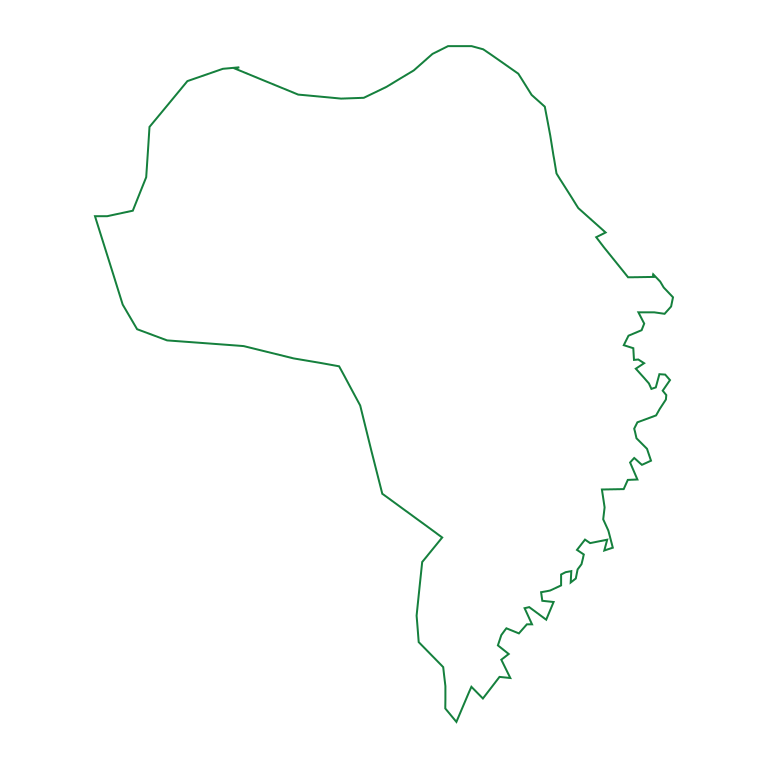 Buu-Yao, Nimba, Liberia
{"feature_id": "62588387B45934307689461", "entity_name": "Buu-Yao", "entity_type": "district", "adm_level": 2, "iso_a3": "LBR", "parent_name": "Liberia", "parent_adm1": "Nimba", "projection": "albers", "projection_center": [-8.418, 6.861], "detail": "fine", "context": "isolated", "style": "outline", "palette": "green", "viewbox_px": 768, "rotation_deg": 0, "n_neighbors": 0, "source": "geoboundaries", "source_scale": "gbopen_adm2", "svg_char_len": 2441}
<svg xmlns="http://www.w3.org/2000/svg" viewBox="0 0 768 768"><path d="M383.5,494.6L402.8,508.7L436.4,533.2L437.0,533.7L442.2,537.5L428.0,554.9L427.3,555.8L422.2,562.0L419.7,585.7L417.5,606.9L416.6,615.7L417.1,621.7L417.7,629.2L418.7,642.1L443.2,667.1L444.0,674.3L445.4,686.1L445.4,699.8L445.3,706.6L445.3,708.5L456.4,721.9L468.7,692.9L471.4,686.8L482.9,698.5L499.5,676.9L510.3,678.0L501.3,659.7L506.5,655.7L508.7,654.0L497.9,645.4L501.3,635.1L504.6,630.6L506.4,628.3L518.9,633.4L526.9,624.3L532.0,624.3L524.6,608.2L528.1,607.4L529.2,607.1L546.2,619.7L553.6,602.0L542.3,600.8L541.1,592.2L546.8,591.2L550.2,590.5L561.1,585.4L561.1,581.3L561.1,574.5L565.6,572.2L571.3,571.1L570.7,582.5L575.8,578.5L577.6,569.4L581.5,564.2L583.1,557.7L583.2,557.0L583.8,554.5L577.0,549.9L585.0,539.6L590.1,543.1L607.2,539.7L604.3,550.5L612.8,547.7L608.7,531.9L608.3,530.5L603.2,519.3L604.6,507.4L603.7,501.3L601.9,489.5L623.7,489.1L627.8,479.9L637.4,479.5L630.1,462.5L632.9,459.4L634.2,458.0L635.3,458.9L639.9,463.1L641.9,464.8L642.7,464.5L651.0,460.7L647.0,448.8L636.5,438.3L635.0,431.7L634.2,428.7L637.4,422.3L656.1,415.4L659.7,409.0L665.9,399.5L666.3,395.1L662.7,390.7L670.0,380.1L665.2,374.6L659.4,374.2L655.8,387.4L651.4,388.9L648.9,383.4L646.7,380.9L644.1,377.9L635.8,368.7L644.1,363.2L638.3,359.5L634.0,359.9L633.9,358.5L633.3,348.2L623.8,345.2L624.8,343.1L628.5,335.7L641.6,330.2L644.2,323.6L638.4,312.3L654.0,312.3L664.6,313.8L671.1,306.5L673.0,297.3L663.7,287.5L660.2,281.6L653.2,274.3L653.0,275.1L654.4,276.9L636.7,277.2L628.1,277.3L621.2,268.7L619.5,266.6L604.0,247.4L596.2,237.2L605.6,232.5L578.3,208.1L576.5,205.3L571.6,197.4L561.0,180.7L560.4,179.8L556.5,173.5L554.1,159.0L553.5,155.8L552.4,148.9L550.3,135.8L547.7,121.9L544.8,106.7L532.6,95.8L531.6,94.9L521.6,78.9L518.3,73.7L491.6,55.0L483.2,49.3L471.5,46.1L448.1,46.1L432.5,53.9L428.4,57.5L413.8,70.4L401.1,78.0L386.4,86.9L363.8,97.8L341.1,98.6L331.7,97.7L303.9,95.1L298.2,94.6L262.4,79.9L235.0,68.6L239.3,67.3L227.5,68.4L222.9,68.8L187.4,81.1L164.6,108.7L149.5,126.9L148.3,145.6L146.2,177.2L140.5,191.4L132.8,210.7L114.1,214.7L107.2,216.2L104.9,216.2L95.0,216.2L96.2,220.1L114.5,278.3L115.7,282.2L122.7,304.6L137.1,329.2L140.3,330.4L167.1,340.4L205.2,343.2L238.8,345.7L243.7,346.1L265.2,351.4L293.6,358.4L320.3,362.9L333.6,365.3L339.1,366.3L344.5,376.2L351.8,389.9L360.2,405.5L371.6,451.7L373.5,459.1L375.4,466.6L382.3,493.8L383.5,494.6Z" fill="none" stroke="#15803d" stroke-width="2"/></svg>